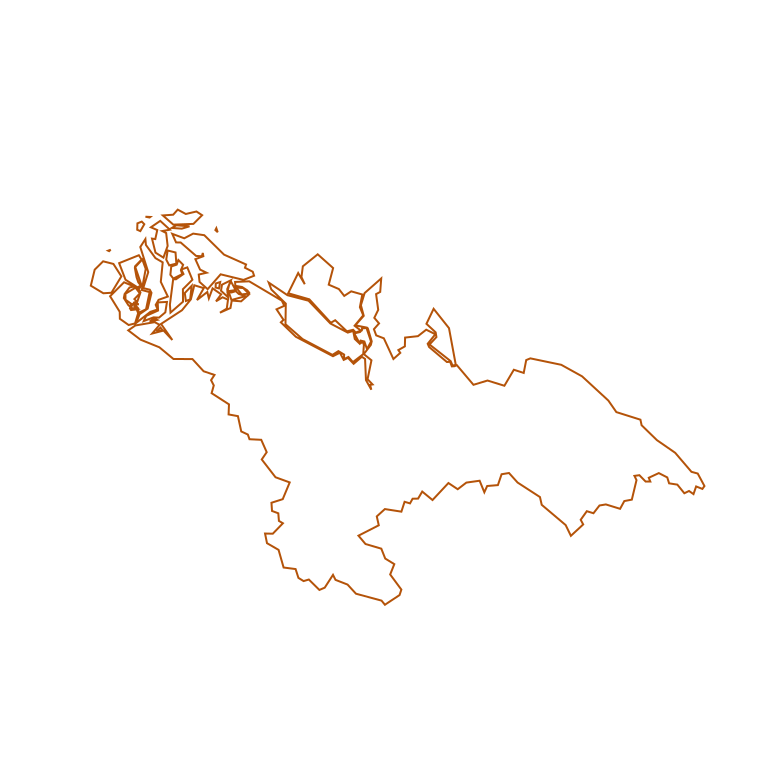 outline of Mrauk-U, Rakhine, Myanmar, rotated 142°
{"feature_id": "60261553B1263911264167", "entity_name": "Mrauk-U", "entity_type": "district", "adm_level": 2, "iso_a3": "MMR", "parent_name": "Myanmar", "parent_adm1": "Rakhine", "projection": "mercator", "projection_center": [93.425, 20.429], "detail": "fine", "context": "isolated", "style": "outline", "palette": "amber", "viewbox_px": 768, "rotation_deg": 142, "n_neighbors": 0, "source": "geoboundaries", "source_scale": "gbopen_adm2", "svg_char_len": 6172}
<svg xmlns="http://www.w3.org/2000/svg" viewBox="0 0 768 768"><g transform="rotate(142 384 384)"><path d="M197.7,105.3L194.3,106.3L191.9,120.3L195.8,125.5L196.9,150.5L203.5,171.7L206.4,192.9L203.9,198.0L218.2,218.8L217.4,232.8L223.2,268.1L232.5,290.0L252.9,314.1L257.2,315.3L267.1,306.7L272.9,315.3L290.2,308.5L300.3,323.0L314.0,328.3L315.0,354.0L317.5,354.6L319.7,356.1L318.2,360.8L320.9,362.6L325.7,385.4L324.8,388.8L312.9,391.6L317.3,400.8L327.8,400.8L338.8,407.6L344.4,400.8L351.8,401.9L352.0,398.5L361.2,397.9L356.0,420.1L360.2,427.1L358.2,433.4L350.6,434.8L350.9,442.1L342.9,446.0L334.9,459.7L330.3,458.9L321.2,468.9L343.3,467.6L353.7,460.3L358.0,450.2L370.5,447.9L362.7,438.9L362.5,437.8L367.4,425.2L370.3,422.9L381.5,420.0L379.3,410.4L394.0,397.9L393.3,390.7L395.5,391.9L397.5,387.3L395.8,398.2L383.5,415.4L384.7,419.1L395.5,418.6L396.3,426.8L400.9,427.8L399.5,435.8L407.1,437.3L424.4,475.5L427.3,496.1L423.7,496.4L422.7,509.0L414.4,507.0L413.2,512.6L427.0,547.9L438.5,556.1L440.7,552.9L436.1,547.8L434.1,542.0L434.0,538.9L435.4,537.7L445.7,537.1L452.6,543.5L458.2,538.4L469.4,541.2L461.5,540.2L455.0,546.5L457.8,551.7L465.5,552.6L457.1,554.9L460.2,564.9L469.3,559.3L466.6,565.3L479.7,565.3L467.0,570.5L472.7,578.6L484.1,569.6L497.8,566.5L522.7,568.6L523.7,549.0L524.8,561.8L535.6,566.5L524.4,568.8L526.6,573.9L543.9,583.2L552.5,583.7L548.6,568.9L538.4,551.2L534.5,533.3L519.6,521.6L518.3,505.1L512.0,495.5L517.9,493.5L519.0,487.7L525.5,482.9L518.7,463.4L525.2,455.7L518.9,448.6L525.7,434.5L522.4,428.0L524.0,423.3L515.1,415.6L518.4,402.5L526.8,399.8L526.9,377.3L518.9,364.5L534.7,355.6L545.8,359.7L550.4,352.9L546.9,347.2L551.1,340.8L549.4,336.5L563.8,334.5L569.8,339.4L574.2,330.6L569.2,318.2L576.1,301.2L567.6,292.6L570.8,283.9L568.7,278.2L563.6,276.2L561.7,261.5L556.1,260.0L541.7,265.0L542.8,259.5L536.2,248.4L535.2,236.0L519.3,214.8L519.2,209.5L501.7,208.1L496.9,211.3L496.4,230.1L486.8,235.7L490.5,245.7L487.5,255.9L497.1,269.3L497.5,280.2L475.1,275.9L471.2,284.1L460.3,284.9L448.9,272.7L440.3,278.5L437.0,273.9L432.1,276.0L427.7,272.7L420.1,275.7L417.2,262.7L394.2,266.3L390.7,255.7L379.8,255.6L368.2,248.9L371.6,236.9L365.5,240.1L356.5,234.2L346.9,240.5L340.3,236.9L339.4,224.1L330.7,198.9L334.1,191.7L327.7,161.0L330.2,149.3L313.5,150.7L312.6,155.9L302.5,158.9L298.5,153.2L289.0,155.6L283.3,152.5L274.8,140.3L266.7,143.8L259.9,140.3L244.2,152.8L243.2,157.4L238.9,154.9L237.9,146.1L234.2,143.2L233.1,147.1L222.3,144.6L218.3,136.0L220.5,130.2L214.8,124.1L214.6,113.0L209.5,111.9L207.9,106.7L201.1,111.1L197.7,105.3ZM383.2,464.3L380.8,448.4L374.9,445.7L374.6,442.0L369.3,440.2L371.3,448.0L358.1,450.9L355.7,459.4L346.0,467.9L352.8,477.2L361.1,477.9L361.1,486.6L366.4,496.3L352.7,506.7L356.4,527.0L375.5,526.7L383.2,519.1L385.0,511.4L383.3,524.3L403.6,514.5L390.7,496.7L388.2,465.0L383.2,464.3ZM395.0,420.4L382.0,420.3L375.7,427.3L374.9,430.4L378.3,430.6L379.3,437.5L375.6,444.8L380.9,446.8L389.0,464.7L392.2,496.1L405.4,513.4L412.4,534.9L414.6,527.8L411.9,507.8L424.8,491.8L420.5,469.5L406.7,438.7L399.7,438.0L397.3,431.7L400.3,428.3L395.4,427.2L395.0,420.4ZM445.2,571.0L430.6,552.5L419.7,549.3L418.3,553.3L422.0,561.2L419.1,563.1L430.4,584.4L434.0,611.9L441.8,620.0L451.7,621.8L458.4,632.7L460.7,623.6L457.1,620.7L453.2,600.6L448.9,596.8L446.1,598.8L447.7,595.9L455.8,598.5L458.5,587.4L455.3,580.9L462.6,584.3L466.5,578.0L464.6,567.3L445.2,571.0ZM523.7,584.7L516.5,582.1L515.2,586.9L509.8,589.1L500.5,586.0L497.0,601.9L483.5,616.1L486.6,623.9L486.0,640.2L482.8,645.1L491.7,642.0L500.9,617.3L514.7,607.8L510.5,602.5L511.1,599.0L523.8,588.9L533.6,589.5L541.9,584.7L523.7,584.7ZM323.8,387.1L317.4,361.0L318.6,356.4L315.7,354.8L298.4,388.0L298.6,412.7L313.5,405.3L311.5,392.9L313.8,388.7L323.8,387.1ZM542.6,623.7L524.7,630.5L523.3,645.2L529.8,653.6L541.6,652.2L554.5,642.0L549.3,628.3L542.6,623.7ZM548.9,587.7L542.9,585.0L534.1,591.2L533.0,595.1L537.8,598.0L537.6,600.1L534.2,602.0L536.7,602.4L536.9,603.6L536.1,611.9L533.0,614.6L525.1,616.7L520.9,614.7L526.2,624.2L545.8,621.8L547.8,603.6L552.0,598.0L548.9,587.7ZM485.7,596.3L503.8,578.4L508.3,571.7L491.7,572.6L484.1,582.5L470.8,584.1L467.2,597.0L473.2,599.0L474.3,594.1L483.4,594.6L485.7,596.3ZM523.5,625.3L518.7,611.9L515.0,611.3L515.0,615.4L513.3,620.4L508.9,628.8L507.7,630.0L498.4,631.3L497.9,636.4L518.3,642.3L523.5,625.3ZM477.3,641.4L483.2,628.2L480.0,619.4L469.5,626.0L462.7,637.1L464.5,641.0L457.7,637.4L459.9,650.3L471.2,651.0L467.9,644.9L475.0,639.0L477.3,641.4ZM531.5,599.8L531.1,594.9L533.6,591.2L525.5,589.4L512.1,600.7L517.0,607.2L500.9,621.4L497.8,630.9L508.0,629.3L514.2,611.4L517.3,610.1L518.7,611.3L519.5,606.1L528.3,600.4L531.1,601.2L528.1,597.8L531.5,599.8ZM435.6,627.5L423.4,629.0L425.6,635.4L435.5,640.0L439.2,648.4L445.9,647.2L454.5,653.0L451.9,639.3L435.6,627.5ZM524.6,578.4L520.4,574.8L512.2,575.1L504.5,582.3L512.1,587.6L516.8,581.0L529.5,584.1L534.6,581.5L524.6,578.4ZM375.7,432.6L373.3,429.6L375.9,422.0L368.1,425.4L363.3,438.9L367.1,441.3L368.1,440.2L370.9,439.7L376.3,442.2L378.1,431.3L375.7,432.6ZM536.9,599.8L531.8,595.3L532.9,598.9L530.9,602.1L528.1,601.3L528.4,604.6L520.6,605.7L520.5,612.9L532.2,614.3L535.8,609.6L533.4,601.4L536.9,599.8ZM475.3,594.8L474.0,598.7L468.9,601.6L469.7,608.3L473.9,605.7L479.3,607.6L485.1,601.6L485.1,596.8L475.3,594.8ZM479.0,616.1L480.2,609.7L473.5,606.7L467.3,616.0L472.3,622.4L479.0,616.1ZM450.5,562.0L455.0,557.9L453.5,548.4L449.1,555.3L440.7,560.0L450.5,562.0ZM452.5,544.1L439.1,538.5L443.0,544.4L443.6,548.4L447.8,550.0L449.8,551.9L452.5,544.1ZM475.1,579.8L485.0,578.3L489.0,571.4L484.7,570.0L475.1,579.8ZM441.1,551.0L441.0,542.2L434.9,538.5L435.9,546.3L441.1,551.0ZM479.4,662.4L483.5,657.5L481.9,654.5L474.5,657.5L474.9,661.1L479.4,662.4ZM441.5,558.9L445.1,557.4L450.2,553.4L443.1,549.4L441.5,558.9ZM455.1,637.6L447.7,630.9L440.2,628.0L449.9,636.9L455.1,637.6ZM454.7,566.8L457.3,563.7L455.2,560.9L450.3,565.2L454.7,566.8ZM525.4,566.1L530.0,565.6L530.2,564.6L525.4,563.0L525.4,566.1ZM530.2,577.5L523.2,574.1L524.5,577.0L530.2,577.5ZM420.2,610.0L422.1,609.1L421.6,606.0L420.2,610.0ZM469.0,662.7L466.2,659.5L465.3,659.5L469.0,662.7ZM516.7,658.1L519.3,658.9L518.8,657.9L516.7,658.1Z" fill="none" stroke="#b45309" stroke-width="2"/></g></svg>